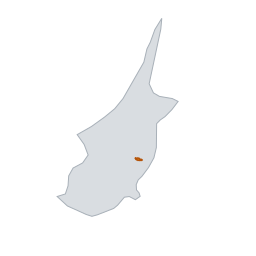 Vavla, Larnaca, Cyprus shown in context, rotated 318°
{"feature_id": "46923920B22137462845739", "entity_name": "Vavla", "entity_type": "district", "adm_level": 2, "iso_a3": "CYP", "parent_name": "Cyprus", "parent_adm1": "Larnaca", "projection": "albers", "projection_center": [33.273, 34.838], "detail": "fine", "context": "in_parent", "style": "filled", "palette": "amber", "viewbox_px": 256, "rotation_deg": 318, "n_neighbors": 0, "source": "geoboundaries", "source_scale": "gbopen_adm2", "svg_char_len": 1751}
<svg xmlns="http://www.w3.org/2000/svg" viewBox="0 0 256 256"><g transform="rotate(318 128 128)"><path d="M180.6,135.7L183.0,141.8L173.0,143.7L163.0,144.3L157.5,143.6L152.2,143.9L136.0,161.5L127.3,167.5L116.8,171.1L106.2,173.2L100.9,173.4L96.2,175.6L92.9,179.7L92.8,183.6L91.3,186.9L85.5,186.2L83.1,179.8L79.0,177.0L68.6,178.4L63.6,178.2L47.1,172.0L42.1,169.5L39.1,164.3L30.8,145.4L29.5,131.5L37.3,135.1L44.7,130.9L51.9,123.9L60.4,121.0L65.6,122.3L70.9,123.6L80.3,121.4L84.4,110.9L85.8,98.9L101.7,102.4L117.8,104.2L131.0,104.8L144.0,102.8L183.8,89.7L195.0,81.9L201.9,79.2L213.9,72.8L226.5,69.1L218.5,76.5L173.3,109.3L170.4,118.9L172.5,125.5L178.9,133.6L180.6,135.7Z" fill="#d9dde1" stroke="#a8b0b8" stroke-width="1"/><path d="M113.0,155.7L113.0,155.9L113.0,156.1L113.0,156.3L112.9,156.5L113.1,156.8L113.0,157.0L113.2,157.6L113.3,157.8L113.5,157.8L113.7,158.0L113.6,158.3L113.7,158.5L113.8,158.6L113.8,158.8L114.0,158.9L114.1,159.0L114.3,159.1L114.5,159.1L114.7,159.3L114.7,159.5L114.8,159.6L115.0,159.5L115.1,159.4L115.1,159.5L115.1,159.9L115.3,159.9L115.4,160.0L115.6,159.9L115.8,160.0L115.7,160.2L115.8,160.4L115.7,160.5L115.9,160.7L116.0,160.8L116.3,161.0L116.5,161.2L116.8,161.1L117.1,161.2L117.2,160.9L117.0,160.7L116.9,160.6L116.9,160.4L116.9,160.2L116.6,160.1L116.4,160.0L116.3,159.9L116.2,159.7L116.2,159.4L116.2,159.2L115.9,158.9L115.9,158.7L116.0,158.5L116.0,158.3L116.0,158.2L116.0,157.9L115.8,157.7L115.7,157.7L115.5,157.4L115.5,157.2L115.4,157.1L115.3,156.9L115.2,156.8L115.1,156.7L114.9,156.7L114.7,156.6L114.4,156.6L114.2,156.6L114.1,156.4L114.0,156.2L113.9,156.1L113.8,155.9L113.9,155.7L113.8,155.4L113.7,155.3L113.6,155.2L113.4,155.3L113.3,155.5L113.2,155.7L113.0,155.7Z" fill="#f59e0b" stroke="#b45309" stroke-width="1.5"/></g></svg>